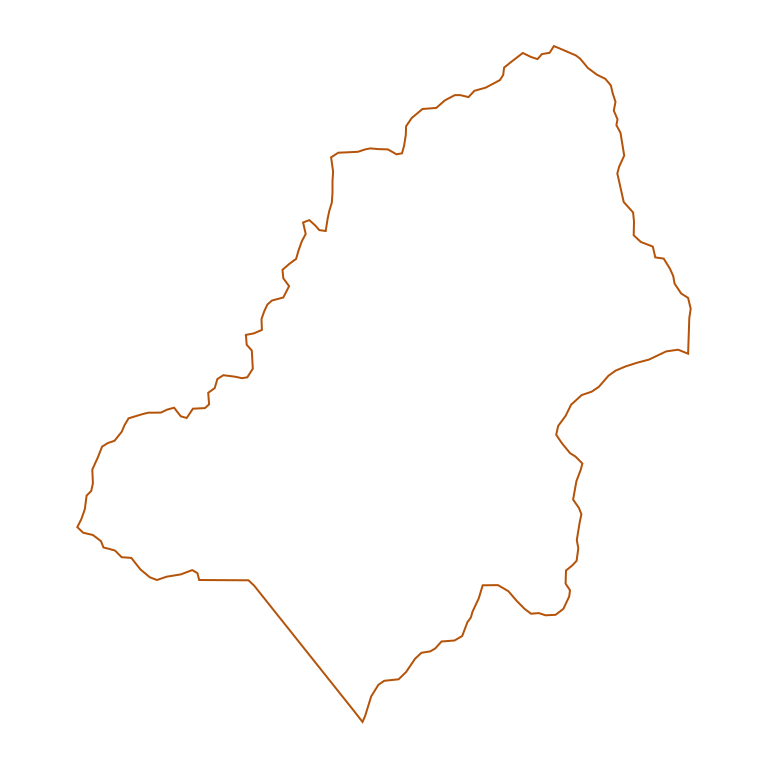 outline of Urutaí, Goiás, Brazil
{"feature_id": "56859067B7648793924799", "entity_name": "Urutaí", "entity_type": "district", "adm_level": 2, "iso_a3": "BRA", "parent_name": "Brazil", "parent_adm1": "Goiás", "projection": "robinson", "projection_center": [-48.198, -17.435], "detail": "fine", "context": "isolated", "style": "outline", "palette": "amber", "viewbox_px": 768, "rotation_deg": 0, "n_neighbors": 0, "source": "geoboundaries", "source_scale": "gbopen_adm2", "svg_char_len": 2589}
<svg xmlns="http://www.w3.org/2000/svg" viewBox="0 0 768 768"><path d="M553.9,46.1L549.6,52.8L541.9,54.1L537.5,59.1L531.1,57.0L522.8,53.0L511.3,61.8L504.1,67.6L503.2,74.9L500.0,80.0L485.8,87.6L474.4,90.8L468.5,97.1L460.2,95.1L454.8,95.1L444.7,100.5L436.3,107.9L422.5,109.0L411.8,117.9L406.1,126.2L405.8,134.9L404.1,145.7L402.0,153.3L396.5,154.3L387.9,149.4L378.4,149.1L370.4,148.4L365.2,149.4L357.9,151.8L347.6,152.3L338.3,152.7L331.1,157.3L333.1,171.6L332.5,181.4L332.5,193.0L331.8,202.7L329.4,210.5L327.6,218.8L325.7,231.0L319.3,230.1L315.3,225.5L309.3,220.1L303.1,222.5L305.7,234.0L301.8,241.3L298.5,250.6L296.1,258.9L289.4,263.8L282.5,269.8L283.3,278.3L289.1,286.1L283.3,297.5L272.0,300.5L267.4,304.5L264.3,311.1L261.5,319.0L261.9,329.9L253.8,333.4L245.9,334.9L246.7,344.8L251.8,350.5L252.8,368.7L247.3,377.3L242.1,378.2L235.0,376.7L223.4,375.2L217.4,379.0L214.7,388.1L208.2,392.8L209.1,404.4L204.9,408.1L192.9,408.7L186.7,418.0L180.8,416.3L174.1,407.7L167.2,409.6L160.9,412.6L148.2,412.7L141.9,414.3L128.6,418.3L124.5,425.2L121.7,431.8L114.5,440.8L107.9,443.0L102.1,446.6L97.7,457.7L92.3,469.6L92.9,483.5L91.2,491.0L86.6,495.6L84.8,509.3L81.3,519.2L77.3,527.1L83.1,532.7L92.9,535.0L101.0,541.2L103.5,547.5L109.6,549.0L115.1,550.6L121.6,557.2L131.3,557.9L140.5,569.5L149.9,577.3L156.9,580.0L166.6,576.7L180.8,574.4L192.2,570.1L197.4,573.1L199.2,580.0L248.5,580.3L254.2,585.7L354.8,712.0L362.5,721.9L365.1,716.0L371.2,696.4L378.4,684.8L384.2,680.8L398.6,679.3L406.1,672.0L415.0,658.8L421.4,652.8L430.2,651.4L435.2,648.5L441.5,641.5L454.5,640.5L462.2,636.0L467.4,622.3L470.9,617.4L472.5,611.7L478.7,598.5L482.7,585.3L497.9,585.1L508.4,591.2L516.7,600.9L524.5,608.8L531.0,613.7L538.9,613.1L545.5,615.3L555.6,614.8L563.4,608.8L569.2,596.5L570.0,590.3L565.6,583.6L566.0,570.5L572.2,565.5L576.6,560.8L578.3,548.3L576.8,540.1L579.5,523.4L581.4,514.2L578.9,507.9L573.1,499.6L576.4,481.2L580.7,469.8L582.4,463.5L575.5,456.6L570.0,453.1L561.9,443.2L556.2,434.8L558.2,425.9L565.7,415.7L571.1,404.7L575.2,401.0L581.6,395.1L591.6,391.7L598.9,386.8L608.3,375.9L615.6,370.6L625.9,366.3L637.2,362.7L648.9,359.6L666.2,351.4L678.1,349.7L688.1,353.7L689.3,318.1L690.7,308.7L688.1,297.9L681.2,293.5L674.6,283.7L673.2,276.0L670.0,268.8L663.7,258.6L655.3,257.4L652.8,246.6L640.9,242.0L633.7,235.3L634.0,221.7L633.1,212.5L623.7,202.0L621.6,192.6L619.6,183.5L617.3,173.5L619.1,166.8L624.2,155.6L620.5,132.8L616.4,125.2L617.5,119.3L613.8,110.6L615.5,101.8L612.7,93.4L610.9,85.5L605.4,78.9L596.9,74.7L587.9,68.0L580.2,58.7L575.8,55.4L558.8,48.1L553.9,46.1Z" fill="none" stroke="#b45309" stroke-width="2"/></svg>